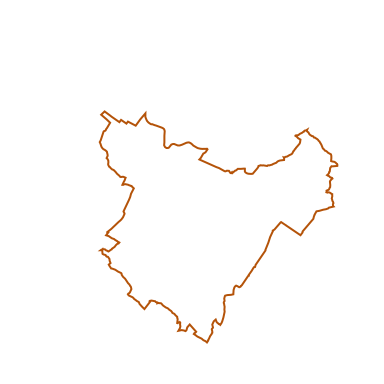 Jupanesti, Gorj, Romania (Albers equal-area conic projection), rotated 129°
{"feature_id": "2599482B25905298128431", "entity_name": "Jupanesti", "entity_type": "district", "adm_level": 2, "iso_a3": "ROU", "parent_name": "Romania", "parent_adm1": "Gorj", "projection": "albers", "projection_center": [23.543, 44.891], "detail": "fine", "context": "isolated", "style": "outline", "palette": "amber", "viewbox_px": 384, "rotation_deg": 129, "n_neighbors": 0, "source": "geoboundaries", "source_scale": "gbopen_adm2", "svg_char_len": 5944}
<svg xmlns="http://www.w3.org/2000/svg" viewBox="0 0 384 384"><g transform="rotate(129 192 192)"><path d="M271.6,231.5L276.5,232.6L276.6,232.3L277.3,231.9L277.0,231.6L279.7,231.5L278.7,229.0L278.4,225.2L277.6,223.0L277.6,221.3L277.3,219.5L277.3,218.2L277.0,216.7L278.3,216.7L278.8,217.3L279.7,217.5L281.4,217.7L283.3,217.6L286.5,218.5L287.1,218.3L288.0,218.7L290.7,219.4L290.9,219.6L291.0,220.9L291.4,221.8L291.4,223.7L292.6,225.1L292.4,225.5L292.9,225.6L293.5,225.5L293.9,226.1L294.7,226.3L294.2,225.7L294.1,225.0L294.7,224.2L296.2,222.8L296.4,222.4L296.0,220.8L295.6,220.2L295.4,219.4L295.9,218.2L295.9,217.6L295.5,217.1L295.3,216.5L296.0,214.0L297.3,212.7L298.5,210.6L300.8,211.0L301.3,209.8L302.3,206.7L301.7,205.7L300.7,202.7L300.4,199.4L299.6,196.1L299.7,195.5L300.6,194.5L301.3,192.3L301.5,189.4L302.5,186.2L303.1,184.3L303.3,182.3L303.9,181.1L303.9,180.5L304.3,179.6L305.6,178.0L309.0,177.1L310.0,177.1L310.9,177.5L311.8,177.5L312.2,176.2L312.1,175.5L311.2,171.9L311.3,170.4L311.5,170.0L311.5,169.4L311.4,167.7L311.4,166.1L311.0,164.1L312.0,162.3L312.6,158.5L312.9,155.3L303.8,155.5L303.8,156.1L303.5,156.3L303.1,156.2L301.9,155.2L300.1,151.9L300.3,151.0L300.1,150.5L300.1,150.0L299.7,149.7L299.6,149.1L299.6,148.8L300.0,148.7L299.2,148.1L299.1,147.7L298.0,146.1L298.0,145.4L298.4,143.4L298.4,142.6L298.2,139.6L297.8,138.3L297.6,137.0L297.8,135.9L297.6,133.3L297.8,132.3L298.3,131.1L297.8,129.0L298.2,127.3L298.3,125.0L299.2,124.2L299.3,123.8L300.0,123.0L303.2,121.0L303.1,120.7L302.9,120.5L301.8,120.6L301.1,119.6L300.8,119.6L300.9,119.0L302.6,117.8L303.7,116.5L305.4,115.7L308.4,115.2L305.8,113.1L304.6,110.9L304.3,109.6L303.8,109.4L302.7,109.4L300.2,110.5L296.4,110.4L298.0,100.8L299.3,100.9L300.2,101.3L301.2,101.2L301.0,99.2L301.0,97.6L300.9,96.6L299.9,92.2L300.0,89.9L299.4,87.5L299.5,85.7L297.3,85.9L297.1,86.2L295.2,86.5L292.7,87.2L289.8,87.4L289.2,87.7L288.6,87.6L287.4,88.7L286.2,90.3L285.7,90.4L284.4,90.3L284.1,90.4L282.3,92.8L278.8,93.7L276.2,93.3L277.6,90.9L277.7,89.5L277.6,89.1L277.8,88.1L277.4,87.6L277.5,86.4L275.3,86.6L273.5,87.1L269.8,88.6L264.5,91.3L262.9,92.9L260.7,94.4L259.2,96.2L258.8,96.5L258.4,97.3L257.7,97.9L256.2,98.1L254.5,99.9L252.3,100.9L251.7,101.0L249.9,99.7L247.4,97.0L245.5,95.5L242.0,98.0L239.5,99.0L238.3,99.1L237.0,98.8L236.6,97.4L236.3,95.4L235.1,94.7L234.3,94.9L234.0,94.7L233.1,94.6L222.4,95.5L221.6,95.5L221.2,95.2L220.8,95.7L215.8,96.0L212.3,96.5L211.3,96.5L210.8,95.9L210.6,95.8L208.6,96.7L191.2,98.1L190.8,98.5L183.3,100.8L177.9,102.9L171.1,104.6L171.0,104.9L169.4,104.3L159.8,104.0L159.3,103.8L157.3,80.5L153.9,80.6L153.1,81.2L152.4,81.2L136.5,80.8L134.0,82.0L133.2,82.1L132.8,82.4L128.7,83.1L126.4,81.1L123.2,78.9L121.0,77.0L119.0,75.8L118.1,75.8L114.2,72.8L114.1,73.5L113.4,74.3L112.6,74.9L111.8,75.0L111.4,75.4L110.9,76.2L110.5,77.4L109.7,78.3L109.1,79.3L107.2,80.2L105.4,81.7L105.7,82.3L105.6,83.7L106.0,85.2L106.5,85.9L107.2,86.3L107.6,87.3L107.2,87.4L106.7,88.0L106.3,88.3L104.2,87.2L103.2,87.3L102.0,87.7L101.3,87.7L99.6,88.9L97.2,91.3L96.4,91.6L94.2,91.6L93.2,91.3L92.9,92.0L93.6,93.9L93.4,95.4L93.8,96.7L93.9,97.6L92.9,97.4L91.8,97.4L90.9,97.5L90.3,98.0L89.5,97.8L86.4,99.7L84.2,99.8L83.7,99.0L80.3,95.5L79.5,96.0L78.9,96.9L79.0,97.5L78.8,98.8L78.9,100.2L80.1,102.4L80.4,103.4L78.0,105.0L76.2,106.5L75.3,107.7L75.9,111.1L75.7,112.2L75.8,113.8L76.2,114.7L75.8,116.3L75.8,117.7L73.9,121.1L73.1,123.1L73.1,123.5L72.5,124.6L72.5,125.8L72.1,127.1L72.2,127.9L72.1,128.3L72.3,129.2L72.3,130.4L72.9,131.5L72.5,132.7L72.7,133.5L73.1,134.0L73.3,136.5L73.1,137.5L72.7,138.3L72.6,138.7L72.4,139.2L72.5,139.9L72.4,141.0L71.8,141.5L71.1,141.7L72.3,142.1L73.3,143.0L74.1,143.2L74.6,143.0L75.4,143.4L76.7,143.7L79.0,144.8L80.6,145.1L81.3,145.5L82.6,146.9L83.1,147.1L83.3,147.0L83.1,145.4L83.4,143.3L83.0,140.7L85.5,139.2L86.7,138.8L90.9,138.9L92.1,139.0L93.1,138.8L94.1,139.0L95.6,138.7L96.6,138.9L98.4,138.4L99.8,138.4L102.3,139.6L104.6,140.4L105.9,141.5L107.3,142.1L107.4,142.4L108.0,141.4L109.2,140.6L112.2,143.5L112.8,143.9L114.4,144.7L116.2,144.9L119.2,146.6L120.2,146.9L122.6,148.6L123.4,149.7L124.5,150.0L126.5,153.5L127.1,154.0L128.2,155.7L128.7,155.8L129.9,156.7L130.8,156.3L132.4,156.1L139.6,156.3L140.7,157.4L142.4,159.8L143.0,161.4L143.1,163.0L142.8,163.8L140.6,165.6L141.0,166.2L143.2,168.5L145.1,170.9L147.6,171.4L148.2,171.9L151.9,172.6L151.5,173.4L152.6,173.5L153.0,173.9L153.0,174.4L152.3,176.6L153.5,178.3L154.8,178.9L155.3,179.7L156.4,186.1L157.3,188.7L162.1,206.7L160.0,206.6L155.0,207.4L154.2,207.0L152.6,206.5L149.1,206.8L148.9,207.4L152.1,211.2L153.2,212.9L154.2,215.0L154.5,216.2L155.1,220.3L154.9,221.6L154.9,223.8L155.3,225.4L155.8,226.1L157.2,227.3L161.5,229.5L163.5,230.8L164.8,232.4L165.9,236.0L166.8,237.1L168.2,237.9L172.1,237.9L173.0,238.4L173.9,239.6L174.0,241.4L173.2,243.1L170.8,244.7L165.6,248.9L161.9,251.5L161.2,252.4L160.7,253.4L160.7,254.6L161.0,256.0L163.0,261.8L163.6,263.2L164.4,265.7L164.8,266.0L165.2,266.8L165.4,269.5L165.1,271.5L164.4,273.1L163.0,275.5L160.2,277.7L168.2,277.9L175.9,277.5L177.6,286.1L180.1,286.0L180.6,292.5L183.4,292.4L184.1,302.0L184.1,303.6L184.4,310.6L189.1,311.2L189.3,304.2L189.7,299.2L196.0,298.3L197.3,298.3L198.4,297.9L199.3,298.1L199.8,298.6L200.8,298.7L209.5,295.4L211.3,295.1L212.1,293.5L213.8,290.9L214.3,289.4L214.5,287.7L214.2,286.7L214.1,285.1L214.2,283.6L216.2,281.0L217.0,280.3L219.4,279.7L219.6,278.2L220.3,276.8L221.9,275.4L223.0,274.8L223.6,274.2L224.5,272.2L224.3,271.5L224.6,270.4L224.7,268.2L224.2,266.8L224.5,264.0L225.0,261.8L225.1,258.5L225.4,257.4L225.1,256.6L224.1,255.8L223.4,254.9L222.7,252.6L225.6,251.6L226.6,251.5L230.2,250.6L229.8,250.0L229.1,249.8L227.9,248.8L226.6,246.3L226.3,245.0L226.0,244.5L225.9,243.6L225.4,242.9L225.4,242.4L225.8,241.1L225.6,240.4L225.8,239.5L231.7,238.3L234.8,236.9L237.9,236.0L250.2,233.0L250.4,232.8L250.5,232.2L250.9,231.7L251.0,231.1L251.4,230.7L255.1,229.7L257.7,229.6L259.4,229.8L261.5,230.2L271.6,231.5Z" fill="none" stroke="#b45309" stroke-width="2"/></g></svg>